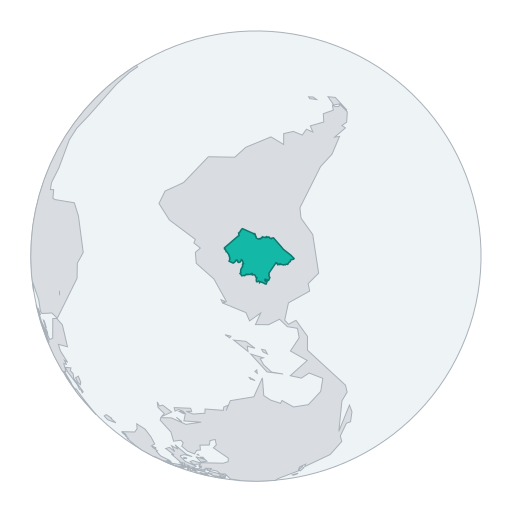 Amazonas highlighted on a globe, orthographic projection, rotated 204°
{"feature_id": "BRA-592", "entity_name": "Amazonas", "entity_type": "State", "adm_level": 1, "iso_a3": "BRA", "parent_name": "Brazil", "parent_adm1": "", "projection": "orthographic", "projection_center": [-64.603, -3.801], "detail": "fine", "context": "on_globe", "style": "filled", "palette": "teal", "viewbox_px": 512, "rotation_deg": 204, "n_neighbors": 0, "source": "natural_earth", "source_scale": "10m", "svg_char_len": 11917}
<svg xmlns="http://www.w3.org/2000/svg" viewBox="0 0 512 512"><g transform="rotate(204 256 256)"><circle cx="256" cy="256" r="225" fill="#eef3f6" stroke="#a8b0b8"/><path d="M180.8,43.6L178.9,44.6L188.6,41.9L195.5,44.4L199.5,42.7L204.6,43.6L211.1,42.2L210.5,43.7L216.2,41.4L215.5,40.3L217.7,39.1L221.5,38.4L221.4,40.0L219.5,40.6L221.5,40.8L219.8,42.0L222.8,41.0L222.2,43.4L228.3,40.1L232.6,41.4L230.7,43.4L223.6,44.2L201.8,53.3L197.8,56.8L199.1,60.1L216.9,63.4L215.4,67.3L218.7,71.8L222.9,68.7L221.8,64.3L230.3,60.4L227.9,56.2L231.1,54.3L231.6,50.2L239.3,49.9L246.5,52.1L246.5,55.7L249.7,57.1L256.0,53.3L262.1,60.6L276.7,67.0L277.4,69.5L267.5,73.7L251.5,73.7L238.5,81.9L254.8,76.0L256.4,83.3L259.9,84.6L264.4,84.2L266.9,81.4L269.1,84.2L253.8,90.3L251.6,87.9L256.5,85.7L249.0,86.1L238.7,91.6L240.3,95.5L223.1,101.7L224.0,104.9L220.7,108.4L220.4,102.7L220.6,113.4L200.7,126.5L200.6,147.3L192.1,131.6L183.9,130.3L173.7,131.4L173.5,134.6L160.4,133.3L147.7,141.5L141.8,158.6L145.2,171.4L159.9,170.7L164.9,162.9L176.0,160.6L166.7,181.4L185.9,183.2L183.3,198.9L188.7,206.8L198.6,204.2L208.8,207.8L216.5,198.4L228.6,193.1L228.5,205.9L235.5,194.1L242.1,200.2L266.5,199.5L264.6,202.5L285.1,217.9L307.6,225.0L312.9,234.7L310.1,240.6L318.0,242.6L318.2,246.5L349.8,253.7L366.0,264.5L365.5,278.3L352.0,293.7L339.9,327.3L315.6,337.6L309.5,351.2L290.8,370.9L276.1,369.1L280.5,379.1L272.5,385.0L262.9,385.3L261.5,392.3L254.5,392.4L259.3,397.0L248.6,406.0L252.4,413.4L244.7,420.6L247.5,424.9L244.3,424.7L241.2,426.3L241.2,428.7L231.2,424.8L227.6,415.1L230.6,410.2L226.4,409.4L232.5,396.6L228.3,399.2L228.0,380.0L233.4,364.0L235.5,318.0L230.3,308.9L212.9,298.7L191.8,265.8L197.1,252.0L192.7,245.8L207.3,226.4L203.7,209.1L198.6,206.8L193.3,213.5L176.3,203.5L170.7,190.9L121.7,174.4L117.4,168.7L118.6,158.7L109.0,129.4L110.0,157.8L105.0,152.8L102.2,143.0L105.4,140.0L105.8,125.8L102.2,121.5L107.5,104.8L125.8,83.5L126.0,86.0L130.3,81.2L130.4,78.1L129.4,77.4L144.6,62.4L147.3,58.7L146.3,59.2L163.2,50.7L180.8,43.6ZM198.8,154.6L220.9,164.3L207.8,166.0L210.4,163.9L204.9,159.8L194.5,156.3L183.2,159.2L198.8,154.6ZM209.9,142.4L206.1,141.8L209.9,141.5L209.9,142.4ZM128.2,77.7L129.9,78.5L128.2,82.5L126.2,82.0L128.2,77.7ZM132.2,71.3L134.3,70.5L129.2,74.8L129.6,73.9L132.2,71.3ZM227.3,50.8L229.4,50.5L228.2,51.4L227.3,50.8ZM225.5,49.4L222.7,50.6L221.4,50.2L223.2,49.4L225.5,49.4ZM229.3,48.1L219.5,49.3L217.4,48.6L222.4,45.4L229.3,48.1ZM213.6,40.4L214.6,41.4L210.3,41.3L213.6,40.4ZM210.4,40.6L194.1,43.2L194.6,41.7L199.9,40.9L197.8,40.0L206.0,38.0L209.1,38.0L207.1,39.2L211.8,37.6L210.4,40.6ZM218.3,38.7L215.0,39.1L215.2,37.8L221.9,36.7L219.7,37.4L218.3,38.7ZM193.2,41.0L194.5,40.1L201.5,38.1L203.0,37.6L206.3,37.8L193.2,41.0ZM221.5,37.4L225.3,36.2L228.6,36.3L221.6,38.2L221.5,37.4ZM212.4,38.0L212.8,37.4L214.8,37.3L212.4,38.0ZM242.6,36.9L238.6,37.0L238.3,36.2L242.6,36.9ZM226.5,35.8L225.3,35.8L224.8,35.7L227.9,35.0L226.5,35.8ZM211.0,36.6L213.7,36.1L210.0,36.4L215.2,35.2L216.4,35.7L218.0,35.1L219.6,34.7L218.9,35.6L211.0,36.6ZM229.4,34.0L232.7,34.9L240.2,34.6L240.6,35.2L228.5,35.6L229.4,34.0ZM223.3,34.8L227.1,34.4L225.7,35.1L222.2,35.8L223.3,34.8ZM218.2,34.4L210.0,36.0L210.0,35.9L218.2,34.4ZM231.8,33.7L231.0,33.6L232.5,33.6L231.8,33.7ZM222.7,33.9L219.8,34.4L222.7,33.9ZM231.7,33.1L232.7,33.2L230.4,33.6L231.7,33.1ZM227.8,33.3L228.6,33.0L228.9,33.6L226.5,33.5L227.8,33.3ZM223.3,33.7L222.4,33.8L224.5,33.6L223.3,33.7ZM240.0,31.8L240.9,32.5L235.7,33.2L235.5,32.4L240.0,31.8ZM248.1,433.1L232.2,426.3L241.0,429.3L246.4,425.6L255.0,430.8L248.1,433.1ZM264.3,423.6L270.9,421.6L272.7,422.8L268.5,424.5L264.3,423.6ZM436.9,121.8L437.1,122.0L427.0,109.6L423.3,105.3L409.7,92.8L413.8,97.2L426.9,109.6L425.6,108.5L431.2,115.8L425.8,109.4L410.4,95.8L408.3,98.3L416.2,116.2L412.7,117.9L404.9,114.4L391.3,96.4L400.6,94.9L395.9,89.6L384.8,82.2L388.6,82.8L385.2,79.9L387.9,79.6L382.6,73.1L383.9,72.6L373.1,64.9L372.3,63.9L378.9,68.5L384.2,71.9L386.4,72.3L385.9,71.9L400.1,82.8L413.4,94.8L425.7,107.8L436.9,121.8ZM358.0,55.2L358.3,55.3L362.9,57.7L367.5,60.3L379.9,68.0L381.0,69.2L366.5,60.4L366.5,61.5L355.2,55.1L337.7,46.0L358.0,55.2ZM445.5,377.8L442.9,381.6L441.1,380.6L446.2,372.4L453.4,356.0L465.6,317.1L471.7,299.9L473.8,286.4L471.9,256.1L472.7,239.9L470.8,233.0L467.8,234.3L465.0,226.1L462.6,225.8L443.6,230.7L434.4,220.2L415.3,189.0L416.3,176.7L410.4,162.9L412.2,118.3L419.3,120.9L428.2,116.4L430.6,118.1L436.8,127.8L449.4,141.3L444.8,133.2L445.8,134.7L454.0,148.5L461.1,162.9L467.2,177.7L472.3,192.9L476.2,208.5L479.0,224.3L480.7,240.2L481.3,256.3L480.7,272.3L479.0,288.3L476.1,304.0L472.1,319.6L467.0,334.8L460.9,349.6L453.7,364.0L445.5,377.8ZM419.5,140.2L421.3,144.2L421.3,144.3L419.5,140.2ZM267.3,199.4L270.2,201.9L266.3,201.9L267.3,199.4ZM205.7,171.1L210.5,171.2L212.9,173.0L209.2,173.8L205.7,171.1ZM246.7,170.5L252.3,171.5L246.3,172.5L246.7,170.5ZM224.4,165.5L242.2,170.1L230.6,173.9L219.4,171.3L227.3,170.0L224.4,165.5ZM207.1,149.3L210.0,150.1L209.0,152.3L207.1,149.3ZM212.8,142.3L211.6,142.6L210.2,140.9L212.8,142.3ZM257.2,82.9L258.5,82.5L263.0,82.8L260.7,84.0L257.2,82.9ZM284.0,77.9L286.9,82.5L283.2,79.7L280.6,81.8L269.6,79.2L277.2,70.6L275.7,74.7L284.0,77.9ZM257.1,74.3L263.2,76.3L256.2,74.5L257.1,74.3ZM364.1,66.9L367.9,68.4L371.3,71.4L369.5,74.0L364.7,69.4L364.1,66.9ZM372.6,70.0L358.6,61.6L359.1,60.4L361.2,62.4L363.0,62.4L366.8,65.7L380.9,73.5L384.8,76.8L379.5,78.5L379.1,75.8L375.3,74.2L372.6,70.0ZM322.2,48.5L316.1,46.6L325.0,46.1L329.6,48.1L328.3,50.2L322.0,49.1L322.2,48.5ZM240.1,42.8L237.2,43.3L237.2,42.6L239.7,41.7L240.1,42.8ZM240.7,37.0L252.7,40.6L250.0,41.1L260.2,43.4L257.1,46.0L250.6,44.2L255.9,48.3L248.7,47.8L253.1,50.6L238.9,46.5L232.7,46.8L240.8,45.4L243.8,42.9L243.3,42.0L237.1,39.6L225.2,39.7L226.3,37.8L230.2,36.6L233.3,36.3L231.6,37.4L236.8,36.2L236.7,37.7L240.7,37.0ZM275.7,31.7L272.5,31.6L283.0,32.4L283.0,32.7L284.2,32.8L287.0,33.5L292.6,34.7L291.5,34.8L294.1,35.3L296.0,36.0L299.3,36.8L298.5,37.5L302.4,38.6L299.8,38.3L306.7,40.3L301.2,39.2L303.2,40.5L307.5,40.8L295.2,45.9L294.4,49.9L296.7,54.2L286.9,52.7L278.5,48.1L272.1,43.1L274.4,39.9L269.5,40.2L269.2,38.9L273.1,39.2L266.8,38.0L267.6,37.1L261.9,34.6L252.3,34.2L250.0,33.6L254.1,33.4L248.9,33.0L255.2,32.3L253.7,32.0L258.4,31.3L267.2,31.6L264.9,31.2L268.3,31.2L275.7,31.7ZM241.6,31.6L252.2,31.0L257.4,31.2L247.1,32.4L247.6,32.8L241.2,34.3L233.8,34.3L236.3,33.8L237.1,33.3L239.1,33.5L238.0,33.1L241.4,32.5L241.5,32.1L244.9,32.0L241.6,31.6ZM428.8,114.6L429.8,115.1L430.3,114.9L433.9,119.8L428.8,114.6ZM418.5,105.3L418.8,104.8L424.1,110.9L423.0,110.6L418.5,105.3ZM414.3,99.7L418.4,104.3L415.6,101.6L414.3,99.7ZM378.7,68.0L378.4,67.5L380.1,68.6L382.4,70.3L378.7,68.0Z" fill="#d9dde1" stroke="#a8b0b8" stroke-width="1"/><path d="M244.9,232.7L245.2,232.8L245.5,233.5L246.0,234.1L246.1,234.4L246.3,235.0L246.2,236.2L246.2,236.5L247.1,236.3L248.9,237.9L249.1,238.1L249.4,238.1L249.7,238.1L250.0,238.2L250.6,237.9L250.9,237.6L251.5,237.2L252.1,237.2L252.3,237.4L252.4,237.6L252.3,237.9L252.1,238.2L252.1,238.4L252.3,238.5L252.5,238.5L252.7,238.4L252.8,238.2L252.9,237.9L253.2,237.5L253.6,237.4L253.8,236.8L253.9,236.6L254.4,236.6L254.6,236.4L254.8,236.3L255.1,236.1L255.3,236.2L255.5,236.2L256.0,235.8L256.2,235.5L256.8,235.2L256.8,235.6L257.0,235.7L257.2,235.4L257.9,234.9L258.0,234.7L258.1,234.2L258.2,233.6L258.4,233.4L258.7,233.3L259.2,233.3L259.9,232.8L260.1,232.7L260.3,232.7L260.7,232.6L260.8,232.3L261.0,232.5L261.7,232.5L261.8,232.6L261.8,232.8L262.2,233.1L262.3,233.2L262.9,233.2L263.5,233.5L263.3,233.9L263.4,234.3L263.1,234.8L263.4,235.2L263.8,235.6L264.1,236.6L264.2,236.9L264.2,237.3L264.5,237.8L264.4,238.0L264.2,238.2L264.1,238.3L264.3,239.0L264.1,239.4L264.2,239.8L264.0,240.1L264.0,240.4L264.2,240.7L264.1,240.9L264.0,241.0L263.9,241.1L264.2,241.5L264.4,242.0L264.6,242.1L264.7,242.3L264.8,242.5L264.8,242.9L265.0,243.1L265.0,243.5L264.7,243.9L264.3,243.8L264.3,244.2L264.6,244.3L265.0,244.8L265.3,244.9L265.5,245.2L265.7,245.3L266.1,245.6L266.3,245.9L266.5,246.0L266.7,246.5L266.9,246.5L267.2,246.4L267.4,246.6L267.8,246.7L267.7,246.1L267.9,245.6L267.9,245.3L268.0,245.1L267.9,244.7L268.1,243.9L268.3,243.6L268.6,243.4L269.2,243.3L269.3,243.0L269.7,243.0L269.9,243.2L270.4,243.3L270.5,243.5L270.9,243.8L271.1,244.2L271.1,244.4L271.6,244.5L271.7,244.4L272.0,244.4L272.2,244.0L272.8,243.8L272.9,243.7L272.6,243.2L272.6,242.9L272.8,242.3L272.9,242.0L273.1,241.7L273.2,241.3L273.4,241.1L273.6,240.8L273.6,240.6L273.8,240.5L273.9,240.3L274.0,240.2L275.0,240.2L278.5,240.3L278.6,241.5L278.5,241.8L278.6,242.5L279.0,242.8L279.0,243.5L279.5,244.1L280.2,244.5L280.3,244.9L280.3,245.1L280.4,245.3L280.7,245.6L280.9,245.6L281.2,245.9L281.4,246.0L281.6,246.3L282.0,246.5L282.3,246.8L282.6,246.9L282.9,247.1L283.1,247.2L283.2,247.4L283.6,247.5L284.2,247.9L284.5,248.0L284.8,247.9L284.8,248.1L285.1,248.1L285.5,248.3L285.6,248.6L285.8,248.8L286.1,249.0L286.4,249.2L286.7,249.2L286.8,249.3L286.7,249.7L286.8,249.8L287.2,249.9L287.4,249.8L287.7,249.7L287.8,249.8L287.8,250.0L288.1,250.1L288.5,250.0L288.1,250.3L288.2,250.6L280.6,266.7L280.4,267.0L280.0,267.3L279.9,267.5L279.9,267.8L280.1,268.3L280.2,268.5L280.9,269.1L281.0,269.3L281.0,269.8L281.2,270.0L280.9,270.4L280.8,270.6L280.9,270.9L280.8,271.1L280.5,271.5L280.3,271.7L280.2,271.9L280.2,272.1L280.4,272.6L280.5,273.0L280.3,273.4L280.3,273.5L280.1,274.0L279.9,274.2L280.0,274.7L279.7,275.3L279.5,275.5L267.6,275.5L267.6,275.3L267.2,275.2L267.0,275.4L266.7,275.4L266.6,275.8L266.4,275.9L266.0,275.7L265.6,275.6L265.4,275.0L265.4,274.9L265.0,274.8L264.6,274.0L264.4,273.9L264.0,273.9L264.0,273.6L263.7,273.4L263.5,273.1L263.2,272.7L262.9,272.6L262.6,272.5L260.1,272.5L259.9,272.8L260.0,273.1L259.4,273.3L259.4,273.6L258.7,273.7L258.4,274.2L258.4,274.3L258.6,274.5L258.6,274.9L258.3,275.2L258.1,275.3L257.9,275.2L257.8,275.6L257.8,275.9L257.9,276.2L257.7,276.2L257.3,276.2L256.9,276.2L256.7,276.3L256.4,276.2L256.1,276.5L255.6,276.5L255.4,276.4L255.0,276.6L254.8,276.8L254.8,277.3L254.6,277.5L254.2,278.1L253.9,278.0L253.8,277.9L253.8,277.7L253.6,277.4L252.8,277.9L252.7,278.2L252.4,278.0L252.0,278.2L251.8,278.5L251.5,278.6L250.8,278.0L250.0,278.1L249.1,278.0L249.1,278.4L248.7,278.9L248.3,279.0L247.9,279.4L247.7,279.4L247.6,279.5L247.4,279.7L235.8,274.3L233.6,273.2L224.7,271.0L220.2,269.2L220.4,268.3L220.6,268.2L221.9,267.1L222.2,267.1L222.5,267.0L222.7,266.7L222.8,266.3L222.7,266.1L222.6,265.6L222.4,265.3L222.4,265.1L222.7,264.3L223.3,263.7L223.4,263.4L223.4,263.1L223.4,262.7L223.5,262.1L223.6,261.9L223.6,261.4L223.8,261.3L223.8,261.2L224.1,261.2L224.6,261.1L224.7,260.9L225.0,260.7L225.3,260.5L225.5,260.4L225.6,260.0L225.8,260.0L225.8,259.9L226.1,259.9L226.7,259.5L226.8,259.3L227.0,259.3L227.2,259.2L227.4,258.9L227.9,258.9L228.1,258.8L228.3,258.8L228.6,258.8L228.8,258.8L229.0,258.7L229.5,258.6L229.8,258.4L230.0,258.4L230.1,258.5L230.3,258.3L230.5,258.5L230.7,258.3L230.9,258.4L231.0,258.2L231.1,258.4L231.4,258.1L231.5,257.9L231.6,257.7L231.8,257.5L232.2,257.5L232.3,257.3L232.4,257.5L232.6,257.6L232.7,257.4L232.9,257.6L233.2,257.4L233.5,257.5L233.5,257.4L233.7,257.5L233.6,257.8L233.9,258.0L234.0,258.0L234.3,257.9L234.5,257.9L234.6,258.1L235.0,258.0L237.0,246.7L237.1,246.0L237.2,245.8L237.0,245.4L237.0,245.1L236.6,244.8L236.6,244.6L236.5,244.3L236.3,244.0L236.4,243.7L236.3,243.2L236.2,243.1L235.8,242.9L235.5,242.6L235.4,242.5L235.1,242.4L234.5,241.8L234.6,238.8L234.8,238.8L235.6,238.7L236.0,238.5L236.3,238.6L236.4,238.4L236.9,238.2L237.0,238.3L237.3,238.6L237.5,238.5L237.8,238.7L238.1,238.6L238.1,238.4L238.1,238.1L238.0,237.8L238.1,237.7L237.9,237.6L237.9,237.4L237.6,237.0L237.3,236.9L237.1,237.1L236.9,237.0L236.6,237.0L236.3,236.9L235.9,237.0L235.9,236.9L235.7,236.8L235.5,237.0L235.4,237.0L235.4,234.4L235.6,234.4L235.9,234.3L236.2,234.3L236.5,234.2L237.4,234.4L242.0,234.3L241.9,234.3L241.9,234.2L241.7,234.2L241.6,233.9L241.9,233.2L242.0,233.4L242.2,233.5L242.5,234.1L242.9,234.3L243.4,234.1L244.3,233.0L244.9,232.7Z" fill="#14b8a6" stroke="#0f766e" stroke-width="1.5"/></g></svg>